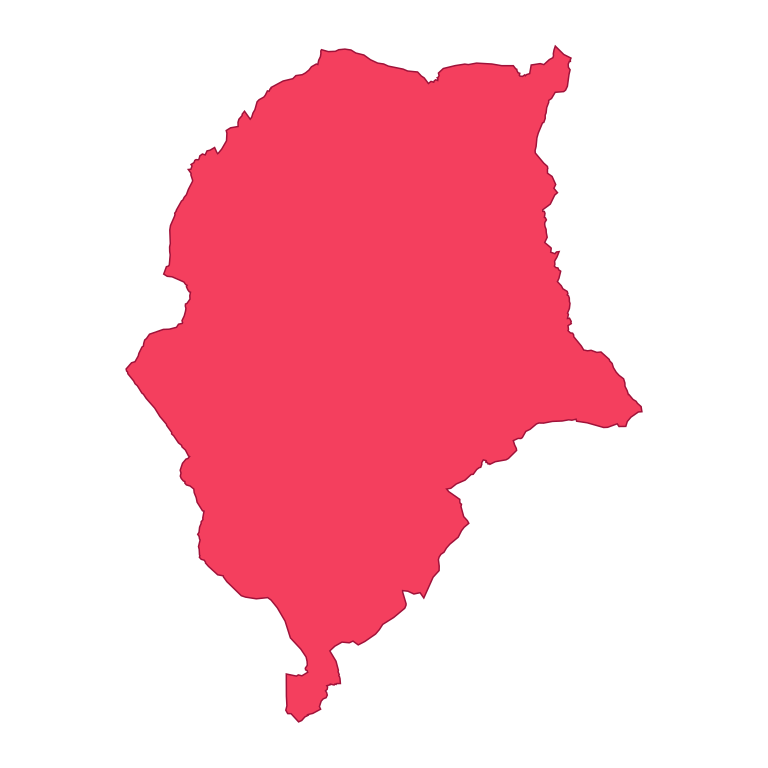 outline of Aurskog-Høland nor, Akershus, Norway
{"feature_id": "86288312B17302655292255", "entity_name": "Aurskog-Høland nor", "entity_type": "district", "adm_level": 2, "iso_a3": "NOR", "parent_name": "Norway", "parent_adm1": "Akershus", "projection": "albers", "projection_center": [11.533, 59.809], "detail": "fine", "context": "isolated", "style": "filled", "palette": "rose", "viewbox_px": 768, "rotation_deg": 0, "n_neighbors": 0, "source": "geoboundaries", "source_scale": "gbopen_adm2", "svg_char_len": 6040}
<svg xmlns="http://www.w3.org/2000/svg" viewBox="0 0 768 768"><path d="M641.9,411.7L641.1,406.6L637.4,403.3L636.1,401.3L633.0,399.4L628.9,394.5L628.4,394.6L627.1,390.5L625.0,386.3L624.9,383.0L623.6,378.8L619.1,375.4L616.2,372.2L613.4,367.6L612.1,363.4L609.7,360.9L609.2,359.4L601.0,352.0L596.8,352.4L591.1,350.3L587.6,350.8L583.7,350.0L581.4,346.1L573.8,336.8L573.6,334.8L572.6,333.2L570.4,332.9L568.0,330.7L568.5,329.3L568.0,325.6L571.3,323.6L570.9,322.6L571.2,321.4L569.5,318.2L567.5,318.5L568.4,314.3L567.5,313.2L569.4,308.5L570.0,303.4L569.4,301.5L569.3,298.0L568.5,295.8L567.2,294.9L567.9,293.7L567.2,291.4L562.9,288.8L561.3,285.8L557.4,281.6L558.9,278.5L560.7,271.2L558.7,269.8L558.0,268.0L555.7,267.5L554.4,266.2L554.9,264.3L554.6,261.2L557.0,257.0L559.1,251.6L556.4,252.0L554.9,253.7L550.7,252.2L551.2,248.6L551.0,247.8L544.7,242.5L547.2,237.3L546.3,232.8L546.1,229.3L545.0,226.5L544.7,224.3L544.8,222.5L546.4,219.9L545.4,217.8L544.4,217.5L545.0,213.3L544.3,211.5L542.8,211.4L542.8,209.7L550.3,204.1L554.7,195.1L557.5,192.7L553.9,188.3L555.7,184.5L552.1,176.5L547.5,173.2L547.4,169.4L547.8,168.6L547.4,166.4L543.8,163.2L535.3,153.0L535.1,150.5L536.1,146.4L536.9,137.9L538.3,133.0L542.5,122.9L543.8,122.4L545.2,118.5L545.2,115.1L546.1,112.9L546.7,107.6L548.7,102.4L548.7,100.4L551.5,98.5L555.2,92.3L563.7,91.6L565.6,90.1L567.4,86.3L569.0,74.5L570.1,69.8L568.4,67.3L568.2,64.1L569.4,61.4L570.4,61.4L570.3,59.8L571.0,58.1L563.8,54.5L555.3,46.1L554.0,50.0L553.3,53.8L553.5,55.8L552.9,57.7L549.3,59.6L543.9,64.6L540.2,63.6L531.2,65.0L529.7,73.6L526.5,74.6L525.3,75.7L524.7,74.9L522.5,76.4L520.0,76.1L519.3,75.2L519.8,73.3L518.0,72.7L516.9,70.5L516.8,69.3L515.7,68.8L513.3,65.7L501.8,65.7L491.9,64.0L476.5,63.1L468.4,64.6L464.8,64.1L455.2,65.6L443.3,68.5L438.4,73.1L439.1,75.6L437.8,77.8L437.3,77.8L437.9,78.9L437.7,80.5L435.7,79.8L434.3,80.8L433.7,82.2L431.0,81.4L428.4,83.5L424.2,77.9L421.3,76.0L417.6,72.0L407.6,71.0L403.1,69.1L388.3,66.1L383.7,64.0L377.7,63.1L370.4,59.7L363.9,55.0L355.8,53.0L351.0,50.0L344.9,49.1L338.8,49.7L335.4,51.3L328.3,51.6L321.5,49.7L320.8,51.0L320.9,53.5L320.4,56.7L318.7,60.2L317.8,64.5L316.3,64.0L311.4,66.8L309.0,70.0L305.5,72.9L302.2,74.7L295.9,75.6L292.8,78.7L283.1,81.0L271.0,87.5L271.0,88.5L270.2,88.8L269.1,91.2L267.4,90.9L265.3,95.2L263.8,97.1L259.1,99.7L257.1,101.8L254.9,109.7L253.0,113.0L251.7,117.2L250.2,119.2L244.5,111.2L242.2,114.2L242.1,115.6L238.9,119.2L238.0,122.3L238.1,126.5L230.6,127.8L226.2,130.5L226.9,133.3L226.5,140.8L221.7,149.1L218.4,153.1L217.7,153.7L216.8,152.4L214.6,147.5L210.0,150.2L207.0,150.9L205.2,154.9L202.4,154.0L199.8,155.9L199.1,158.9L198.1,159.8L196.1,159.6L194.8,160.4L194.0,162.6L191.0,164.5L192.0,166.0L190.9,169.2L188.3,169.5L191.1,173.4L190.9,174.9L192.6,180.2L192.5,181.4L188.4,189.3L186.4,194.7L184.2,197.3L182.8,200.1L181.5,201.0L176.2,210.4L176.4,210.9L174.7,213.2L175.0,214.5L174.5,216.3L170.5,225.5L169.8,230.0L170.3,243.7L169.6,246.9L169.7,251.5L170.2,254.9L169.3,264.9L168.4,266.1L166.4,266.7L163.7,274.1L167.2,276.3L172.1,276.8L183.9,282.0L185.7,284.6L187.1,285.3L186.4,286.7L187.9,289.9L189.3,291.8L190.5,292.2L189.8,295.7L190.0,299.1L186.9,303.5L185.5,304.0L185.3,306.0L185.9,308.4L185.5,311.2L184.2,316.0L182.0,320.6L182.6,322.7L182.3,323.4L178.5,324.2L176.5,327.3L169.2,329.2L163.3,329.4L149.5,334.2L146.5,338.5L144.7,340.0L143.7,343.5L143.4,346.1L142.0,347.0L138.9,353.3L138.2,356.1L135.0,361.7L131.5,362.8L126.1,369.0L126.6,371.1L127.5,371.8L127.9,373.8L133.7,381.0L135.1,383.8L137.3,385.7L141.9,393.1L143.4,394.2L146.1,398.3L154.7,408.1L159.9,416.5L166.4,424.2L166.7,425.5L171.7,432.4L171.6,433.9L173.7,435.8L178.5,442.9L181.6,445.3L182.0,446.9L185.4,450.0L188.5,456.0L189.6,456.5L187.9,458.5L186.0,459.1L182.5,463.3L180.2,470.2L181.0,473.1L180.3,476.1L181.2,478.4L183.4,481.0L184.9,481.5L184.9,483.2L186.4,484.9L190.1,486.0L193.8,489.0L194.2,492.7L196.2,497.7L197.1,502.2L202.5,510.8L204.0,511.1L202.8,517.8L202.9,519.6L201.1,521.9L201.2,523.3L199.6,527.1L199.0,532.4L197.7,534.3L199.1,536.4L199.5,538.9L200.1,539.9L198.5,546.6L199.2,549.3L199.5,554.9L199.9,555.6L199.4,557.3L201.2,559.3L204.2,560.2L205.5,562.1L205.5,563.0L208.4,566.3L217.7,574.8L223.2,575.8L223.5,577.0L226.9,581.7L241.3,595.7L245.5,597.1L256.3,598.8L267.7,597.6L271.0,600.0L277.3,607.8L285.1,621.1L290.4,637.9L300.8,649.1L306.1,657.0L307.1,661.5L307.3,665.3L305.3,668.2L305.6,669.9L307.1,670.5L307.7,672.3L301.9,675.8L298.3,674.9L296.5,676.1L286.3,674.0L286.4,696.2L286.9,705.8L285.8,710.2L287.7,713.6L291.1,713.7L298.6,721.9L301.7,720.5L304.9,716.9L308.1,715.3L307.6,714.8L308.1,714.5L312.8,713.4L320.6,709.2L319.4,706.6L321.2,701.1L323.3,698.8L326.1,697.7L327.3,695.1L326.6,692.5L325.5,690.9L327.2,689.3L327.6,686.9L326.8,685.7L330.1,684.8L330.0,684.3L330.4,684.1L334.1,685.0L334.9,684.1L336.1,684.4L336.4,683.6L340.4,683.5L340.0,678.6L339.4,676.4L338.8,675.8L339.2,674.5L338.1,671.8L338.4,670.3L336.0,661.2L329.8,650.9L334.8,646.2L342.0,642.1L349.3,642.8L353.0,641.1L358.2,644.9L364.8,641.5L375.6,634.0L379.3,629.7L382.7,624.4L393.8,617.4L404.8,608.2L406.0,605.3L406.1,603.8L402.7,592.3L402.6,590.6L407.9,591.2L413.9,594.0L420.1,592.7L423.8,598.0L433.1,577.2L439.1,570.6L439.2,566.1L438.4,559.7L439.1,557.1L440.9,554.3L444.0,552.2L446.4,548.1L449.9,544.1L458.2,537.2L461.5,530.7L464.1,527.3L468.8,523.3L467.4,520.7L463.7,516.6L461.0,506.6L461.5,504.2L460.3,503.4L459.8,502.1L459.8,499.4L448.7,491.6L446.6,489.0L450.8,488.3L456.4,483.9L465.1,480.1L471.1,474.5L473.2,474.3L476.7,469.5L479.1,467.7L480.7,467.3L481.8,464.4L481.7,462.7L483.3,459.9L486.1,460.6L486.4,461.1L485.8,461.9L486.0,462.4L487.5,462.6L488.1,464.0L489.6,463.7L489.9,464.3L495.3,461.7L506.0,459.8L508.4,458.5L516.6,450.4L516.3,448.4L514.6,444.9L513.3,440.6L518.1,438.4L520.9,438.5L522.3,437.6L525.8,431.4L530.1,429.3L536.5,423.9L538.9,423.0L543.6,423.1L552.5,421.4L562.2,421.0L568.7,419.8L571.9,420.2L576.1,419.2L576.6,421.2L587.2,422.8L603.7,427.5L607.7,427.3L617.2,423.8L619.0,426.5L625.8,426.4L627.3,421.5L631.0,417.1L638.3,412.0L641.9,411.7Z" fill="#f43f5e" stroke="#9f1239" stroke-width="1.5"/></svg>